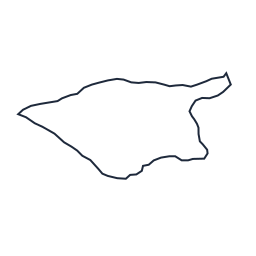 the district of Agios Georgios Ammochostou, Cyprus, rotated 173°
{"feature_id": "46923920B20670764204994", "entity_name": "Agios Georgios Ammochostou", "entity_type": "district", "adm_level": 2, "iso_a3": "CYP", "parent_name": "Cyprus", "parent_adm1": "", "projection": "natural_earth1", "projection_center": [33.864, 35.255], "detail": "fine", "context": "isolated", "style": "outline", "palette": "slate", "viewbox_px": 256, "rotation_deg": 173, "n_neighbors": 0, "source": "geoboundaries", "source_scale": "gbopen_adm2", "svg_char_len": 1009}
<svg xmlns="http://www.w3.org/2000/svg" viewBox="0 0 256 256"><g transform="rotate(173 128 128)"><path d="M56.1,88.3L52.1,93.1L52.1,96.8L55.8,102.7L58.3,106.0L58.7,113.4L58.0,119.7L59.0,123.7L61.2,128.6L63.1,131.9L64.9,137.1L62.0,141.9L57.6,147.0L50.8,148.8L43.4,147.6L34.9,149.3L29.2,152.2L20.7,158.6L23.8,170.4L26.9,167.2L38.9,166.7L44.6,164.9L54.3,162.6L60.5,161.4L68.5,164.0L75.4,164.4L81.6,164.4L86.7,166.6L95.1,169.9L104.2,171.4L111.9,171.4L119.2,172.9L126.5,176.6L133.0,178.1L139.5,177.8L142.1,177.7L150.9,176.6L158.5,175.5L166.9,173.3L174.2,168.1L180.8,167.7L189.9,165.5L194.6,163.3L204.8,162.9L212.1,162.6L221.6,161.8L230.0,158.9L235.3,155.1L227.9,151.1L220.0,144.1L212.6,139.5L201.7,131.4L193.2,121.6L186.4,116.4L181.2,111.8L176.7,106.0L169.3,100.8L162.4,91.0L159.0,85.8L153.9,82.9L144.8,79.5L136.3,77.9L131.6,81.2L125.4,80.9L119.5,83.8L117.7,88.6L111.9,89.0L106.4,92.7L98.8,94.6L90.4,94.9L84.6,94.2L78.7,89.4L72.2,88.6L67.4,89.4L56.1,88.3Z" fill="none" stroke="#1e293b" stroke-width="2"/></g></svg>